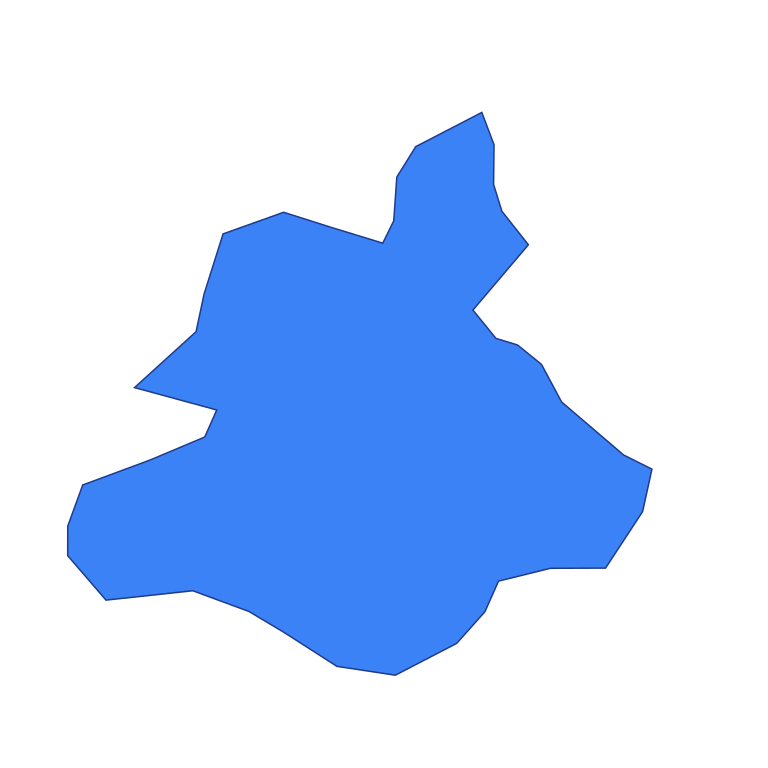 the border of Srbica, rotated 282°
{"feature_id": "KOS-5896", "entity_name": "Srbica", "entity_type": "District", "adm_level": 1, "iso_a3": "XKX", "parent_name": "Kosovo", "parent_adm1": "", "projection": "natural_earth1", "projection_center": [20.758, 42.727], "detail": "fine", "context": "isolated", "style": "filled", "palette": "blue", "viewbox_px": 768, "rotation_deg": 282, "n_neighbors": 0, "source": "natural_earth", "source_scale": "10m", "svg_char_len": 662}
<svg xmlns="http://www.w3.org/2000/svg" viewBox="0 0 768 768"><g transform="rotate(282 384 384)"><path d="M101.5,455.6L98.0,396.7L120.2,337.9L133.4,299.2L142.0,239.9L114.8,157.0L150.3,110.3L179.2,104.2L222.6,110.3L261.1,171.1L294.9,219.7L323.8,225.8L328.6,140.7L396.1,189.3L434.7,189.3L497.4,195.4L531.1,250.1L526.3,298.8L521.5,353.5L545.6,359.6L589.1,353.5L622.8,365.7L670.0,423.2L640.9,441.9L602.0,449.7L577.5,463.4L550.2,496.3L474.8,455.6L451.9,484.0L449.9,506.6L435.9,534.0L403.3,561.5L364.4,633.1L356.4,663.8L313.0,663.5L250.0,639.0L238.3,585.0L215.0,537.0L182.3,530.1L145.4,509.0L101.5,455.6Z" fill="#3b82f6" stroke="#1e3a8a" stroke-width="1.5"/></g></svg>